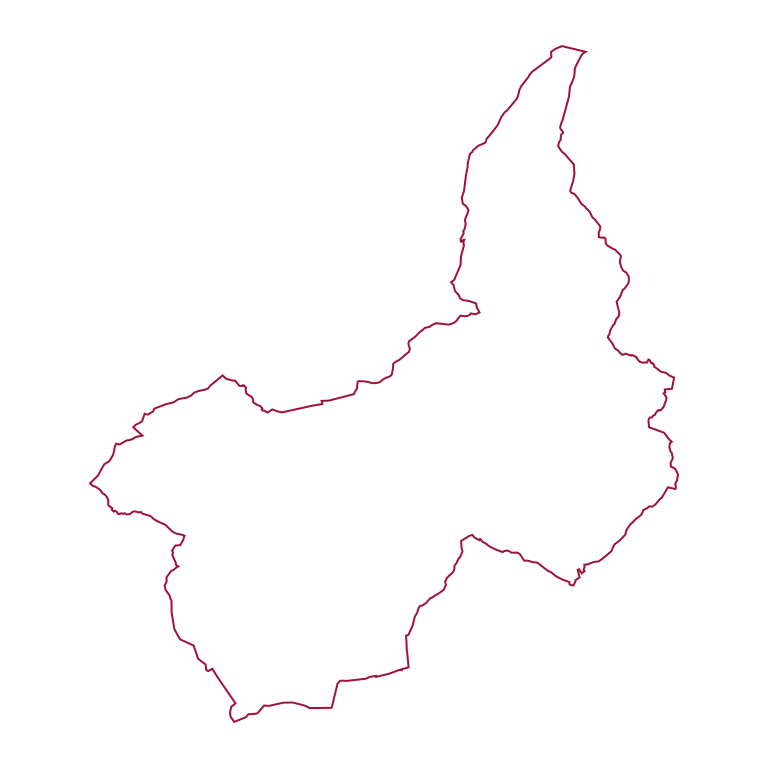 Albestii De Arges, Arges, Romania (Natural Earth projection)
{"feature_id": "2599482B24655595940767", "entity_name": "Albestii De Arges", "entity_type": "district", "adm_level": 2, "iso_a3": "ROU", "parent_name": "Romania", "parent_adm1": "Arges", "projection": "natural_earth1", "projection_center": [24.684, 45.238], "detail": "fine", "context": "isolated", "style": "outline", "palette": "rose", "viewbox_px": 768, "rotation_deg": 0, "n_neighbors": 0, "source": "geoboundaries", "source_scale": "gbopen_adm2", "svg_char_len": 6101}
<svg xmlns="http://www.w3.org/2000/svg" viewBox="0 0 768 768"><path d="M675.4,489.0L675.9,487.6L675.3,483.3L676.9,480.9L678.0,474.8L677.0,472.2L675.2,468.9L672.7,467.3L670.8,466.6L670.7,462.4L672.2,459.8L672.8,457.8L671.8,453.0L670.4,451.2L669.4,447.2L669.8,443.4L671.8,441.8L669.3,439.6L664.2,432.8L649.0,427.2L648.5,420.8L648.8,419.0L649.9,417.6L652.1,417.3L653.1,415.7L655.0,414.7L655.6,413.3L658.0,410.2L659.3,410.1L659.4,410.5L660.5,410.2L662.0,409.0L663.8,406.4L666.1,400.1L666.5,397.3L663.6,393.4L665.3,392.5L664.7,389.5L672.0,388.7L674.1,377.6L669.6,375.7L666.0,372.8L661.2,371.8L654.2,366.6L654.2,364.9L652.2,362.9L651.5,363.2L649.5,359.9L648.4,359.5L647.1,362.5L641.5,362.5L639.1,361.2L636.4,357.6L636.5,357.1L633.6,355.6L631.9,355.0L631.0,355.6L625.8,353.7L622.3,354.9L619.9,352.7L618.6,351.0L614.7,348.2L612.7,344.0L609.3,339.4L608.5,338.0L607.8,337.5L608.2,335.9L609.3,334.6L610.4,330.0L613.2,325.0L614.4,324.2L616.1,319.3L618.4,316.7L619.0,315.3L619.3,312.8L616.6,301.8L620.1,296.7L622.7,290.0L624.9,288.2L628.4,283.2L628.9,280.7L628.7,276.5L626.1,272.4L623.1,270.7L621.4,267.4L619.8,262.2L620.8,256.9L620.8,255.8L620.0,254.5L615.1,249.7L612.4,248.5L607.2,245.4L606.1,243.9L605.6,241.8L605.5,238.5L603.8,237.5L601.7,237.7L598.9,237.2L598.7,232.8L600.3,228.4L600.2,226.6L599.2,225.0L594.9,219.5L592.3,217.2L589.7,211.7L586.0,208.1L584.9,206.5L581.3,203.7L577.8,198.1L575.3,195.0L573.9,193.7L571.1,192.6L570.2,190.9L570.4,190.0L573.2,180.7L574.5,173.7L573.9,166.8L574.0,164.6L564.6,153.9L562.2,152.0L560.7,150.1L558.1,145.9L559.1,142.0L560.7,139.8L560.9,135.5L561.7,134.0L562.9,133.3L562.8,131.6L560.5,129.1L560.2,127.0L560.8,124.4L562.5,120.3L568.9,97.0L570.1,86.0L571.6,83.3L573.8,77.7L574.5,74.2L574.7,69.8L575.5,66.8L580.9,56.2L582.7,53.7L585.6,51.8L562.0,46.1L555.6,48.8L551.1,51.8L551.4,57.3L531.5,72.3L529.2,75.4L528.1,77.4L521.4,85.9L519.4,89.9L518.0,95.8L516.8,98.7L507.1,110.5L504.6,112.3L501.2,117.2L497.7,125.1L490.2,134.8L486.5,138.9L486.0,141.0L485.0,142.9L478.3,145.8L473.1,150.1L472.2,152.0L469.9,154.0L467.7,163.9L467.6,167.3L466.0,175.0L464.0,191.1L461.8,197.7L462.7,203.3L464.1,204.8L465.9,205.8L468.6,210.2L465.1,219.5L465.0,221.2L465.6,223.0L465.3,226.5L463.9,230.6L463.2,231.4L463.7,233.4L460.6,239.1L460.7,241.2L461.2,241.7L463.6,239.8L464.3,239.8L463.4,242.1L463.9,245.7L461.0,256.3L460.6,264.9L454.2,279.9L451.0,282.2L453.6,285.1L454.9,290.9L458.8,295.2L460.1,298.3L463.0,300.2L468.4,300.8L476.1,303.4L476.7,307.2L479.5,312.5L475.4,314.3L470.8,313.4L470.0,314.6L467.7,315.9L464.8,316.3L460.5,315.6L455.4,322.0L452.3,323.6L448.7,324.6L435.9,323.2L432.1,324.9L429.4,326.9L424.7,328.0L423.3,329.5L419.2,332.5L415.6,336.4L409.0,341.3L408.4,343.4L408.9,346.0L409.9,348.4L409.1,351.7L399.4,359.8L394.9,362.3L393.2,363.8L393.1,367.5L391.9,374.2L390.1,376.3L385.4,378.1L382.2,380.0L380.0,382.2L375.9,383.1L372.3,383.1L365.7,381.5L358.8,381.1L357.8,381.7L357.4,383.5L357.0,388.7L354.8,391.9L353.9,394.1L328.9,400.6L321.6,400.9L322.4,404.0L312.8,405.6L281.8,412.4L276.9,411.2L272.3,409.4L267.5,412.6L264.1,410.6L262.7,410.6L261.7,409.6L262.4,408.4L260.5,406.2L257.2,404.9L253.7,402.7L253.0,401.8L253.1,400.1L252.7,398.5L251.5,396.8L247.5,394.4L246.2,393.2L245.6,389.4L246.0,387.8L243.8,385.3L242.8,385.4L242.8,385.8L240.4,386.0L239.1,385.6L235.1,380.6L232.9,380.7L226.0,378.7L222.6,375.4L209.9,386.0L207.9,388.6L204.1,389.9L198.4,391.0L194.2,392.7L190.9,395.7L186.5,397.7L178.4,399.1L173.7,402.3L166.5,404.0L154.3,408.6L153.1,411.4L147.8,414.6L144.6,413.8L142.1,421.1L139.8,422.8L135.5,424.9L133.3,427.3L142.4,435.6L136.3,436.9L133.9,438.0L133.2,438.8L129.4,440.1L126.7,440.4L119.6,444.5L116.1,443.7L115.1,445.8L113.2,454.6L109.5,461.1L104.2,464.3L98.0,475.5L90.0,483.4L93.2,486.1L95.4,486.6L99.2,489.2L100.9,490.8L102.7,493.5L104.0,494.0L105.7,495.5L107.4,497.9L108.2,499.9L108.3,504.9L109.0,505.9L112.3,508.2L111.7,509.6L113.7,511.5L114.2,510.9L115.3,511.0L117.0,512.0L118.1,514.0L119.3,514.1L121.0,513.3L123.0,513.8L124.6,513.2L126.5,514.3L128.9,514.3L131.1,513.2L132.6,511.8L134.6,511.3L139.2,512.5L141.0,511.9L142.3,513.6L149.8,515.8L151.0,516.4L154.3,519.6L155.5,519.7L155.8,520.5L165.5,524.9L172.5,531.7L176.5,533.7L181.9,534.7L184.6,535.9L183.9,537.2L183.3,539.9L180.1,545.2L175.7,545.5L174.3,546.9L172.1,550.9L173.0,553.1L172.2,554.6L175.8,562.8L175.9,564.9L178.2,566.5L176.6,567.3L173.6,569.8L171.1,571.0L166.5,577.4L166.7,581.3L164.6,585.7L165.5,589.7L169.6,595.5L170.4,598.6L171.5,600.6L171.6,612.5L174.4,629.2L180.0,639.3L193.7,645.6L198.1,658.8L205.5,664.4L206.4,670.2L208.1,671.1L212.3,668.8L217.2,676.6L235.5,703.4L231.2,706.9L230.0,712.4L230.6,716.8L234.2,721.9L246.0,717.1L248.4,714.2L255.1,713.8L257.5,713.3L264.1,705.5L268.9,705.9L283.3,702.7L292.7,702.5L304.8,705.6L309.9,708.1L331.7,707.8L337.5,683.8L339.9,681.0L341.9,680.6L346.6,680.9L366.0,678.7L369.9,676.8L376.0,675.9L376.1,676.9L389.3,673.7L399.1,670.0L401.6,670.2L401.4,669.3L408.6,667.4L407.1,651.5L406.5,649.5L406.8,648.8L406.1,635.6L408.4,634.9L412.7,625.5L414.8,616.7L417.2,612.7L418.7,607.7L420.1,605.9L422.0,605.6L426.0,603.1L430.0,598.4L433.2,597.0L434.1,595.9L438.1,593.9L443.7,589.8L446.0,584.9L445.1,581.9L446.8,578.2L449.2,575.6L452.6,572.7L453.8,570.8L454.4,568.7L454.4,565.9L456.6,562.8L458.4,558.9L460.3,556.7L462.5,551.5L461.5,547.6L461.1,540.9L469.8,535.6L472.5,534.9L474.0,537.0L476.2,538.6L479.4,540.2L480.1,539.0L482.7,541.9L485.8,543.5L488.8,546.0L495.2,549.3L502.7,552.1L504.2,551.1L507.2,550.5L509.9,551.5L511.4,552.7L517.3,552.6L519.8,554.0L524.3,560.7L527.5,560.6L533.5,562.4L535.6,562.3L537.7,562.9L547.8,570.8L551.2,572.3L555.1,575.7L562.0,579.4L569.4,582.1L569.4,584.0L570.2,584.8L573.0,585.6L573.7,585.1L575.4,581.3L575.6,580.1L579.6,577.4L577.7,569.8L579.1,569.3L581.8,573.4L584.6,571.0L583.6,570.0L584.5,567.2L584.4,564.6L587.3,564.5L593.6,562.0L598.6,561.4L602.6,558.6L611.3,551.3L613.6,545.9L614.9,544.1L619.6,540.6L625.5,534.4L625.9,531.6L627.1,528.9L630.2,524.6L636.0,518.9L640.9,515.2L642.7,512.1L643.3,510.0L647.1,508.2L649.3,506.4L652.3,506.6L655.1,504.8L659.9,499.1L661.8,497.7L667.9,487.3L675.4,489.0Z" fill="none" stroke="#9f1239" stroke-width="2"/></svg>